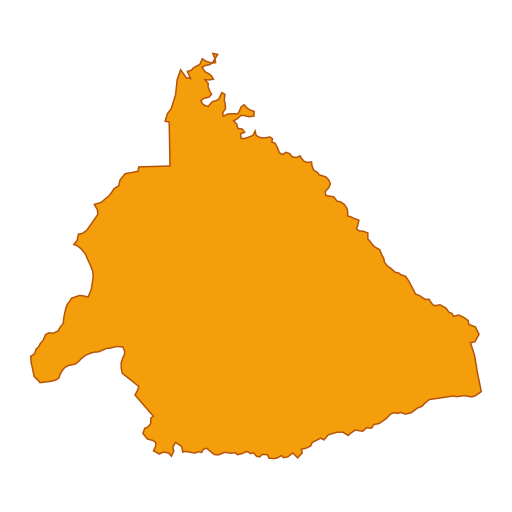 Giruá, Rio Grande do Sul, Brazil (Robinson projection)
{"feature_id": "56859067B21444575887211", "entity_name": "Giruá", "entity_type": "district", "adm_level": 2, "iso_a3": "BRA", "parent_name": "Brazil", "parent_adm1": "Rio Grande do Sul", "projection": "robinson", "projection_center": [-54.315, -27.993], "detail": "fine", "context": "isolated", "style": "filled", "palette": "amber", "viewbox_px": 512, "rotation_deg": 0, "n_neighbors": 0, "source": "geoboundaries", "source_scale": "gbopen_adm2", "svg_char_len": 4123}
<svg xmlns="http://www.w3.org/2000/svg" viewBox="0 0 512 512"><path d="M411.7,286.5L408.7,280.9L405.5,276.2L401.2,274.9L398.4,272.8L395.4,272.4L391.5,268.9L387.3,265.8L384.4,262.1L383.8,258.5L381.6,254.5L379.7,249.6L375.3,247.3L372.3,244.5L370.1,241.4L367.9,239.1L367.8,232.9L362.8,231.1L359.7,231.1L356.5,229.1L357.9,224.9L358.9,220.2L354.6,218.7L350.6,216.7L347.6,216.0L347.7,211.7L346.9,208.3L344.4,204.5L341.1,202.1L336.9,201.0L333.8,196.8L328.9,196.0L325.9,195.5L325.1,191.6L328.8,187.7L330.3,183.9L328.9,180.1L326.0,177.0L322.7,175.9L319.1,174.8L317.3,172.2L313.7,170.2L312.0,165.7L311.5,161.9L307.6,162.4L304.2,161.4L301.8,158.8L300.0,155.8L296.6,157.5L292.3,156.9L289.7,153.6L286.0,152.3L282.6,154.5L279.4,152.8L277.6,148.0L275.1,143.2L271.9,142.1L272.5,138.8L270.0,137.0L267.0,137.5L264.0,138.0L259.9,137.5L256.2,135.5L255.1,131.0L252.9,135.5L248.3,137.3L244.1,138.6L241.1,138.4L240.6,133.7L244.6,132.3L242.2,129.0L237.9,128.5L236.7,123.9L233.6,120.9L237.4,118.7L240.8,115.5L244.1,115.5L248.6,116.7L253.9,116.2L254.2,111.4L250.1,110.0L246.8,107.8L244.1,104.7L241.1,106.9L239.4,111.1L237.6,113.9L233.3,113.7L227.9,114.0L223.2,116.2L222.7,112.9L225.6,108.5L225.2,104.2L224.3,100.1L224.9,94.3L221.9,92.6L220.2,96.0L218.6,99.3L215.9,100.7L212.5,101.6L210.3,103.9L208.3,106.5L204.9,105.5L202.4,103.7L200.8,100.9L203.5,98.5L206.3,97.8L209.3,96.9L211.6,94.3L209.7,91.0L208.1,86.9L208.2,83.4L204.9,79.8L209.7,79.9L213.4,79.1L211.4,75.8L208.9,73.8L205.2,71.8L201.9,67.3L205.4,65.5L209.4,64.7L212.2,63.1L206.0,61.3L202.4,58.7L199.8,64.4L193.7,67.7L191.2,70.3L187.3,71.4L190.6,78.5L186.3,77.7L180.6,69.8L177.2,79.6L175.5,95.2L171.2,108.7L167.4,113.7L165.1,121.2L169.2,122.0L170.0,166.0L165.9,166.1L138.8,166.9L137.9,171.4L125.1,173.7L120.0,180.1L118.8,185.7L114.2,188.5L111.6,192.4L109.1,195.7L105.4,198.8L101.0,202.5L94.3,204.4L97.5,210.1L97.8,214.5L93.9,220.1L86.7,230.4L81.9,233.7L78.5,234.1L77.1,240.4L73.8,244.5L77.3,245.7L81.3,249.0L85.6,254.4L87.6,259.3L89.8,263.9L91.6,268.3L92.8,271.6L93.2,276.0L92.7,280.2L92.0,284.8L91.1,290.0L88.0,297.0L82.5,295.7L79.3,295.5L71.3,298.3L69.8,301.3L67.7,303.7L65.9,307.9L64.3,314.9L63.5,319.8L63.3,323.2L60.1,327.3L58.2,330.9L53.2,333.2L48.6,332.9L45.5,334.7L43.1,340.4L40.2,343.7L38.7,346.7L36.1,349.1L34.6,353.7L30.7,356.3L31.3,363.4L32.7,369.2L33.4,373.2L34.3,376.8L37.9,380.1L40.0,382.7L45.0,382.0L50.4,381.4L55.6,380.1L58.8,378.1L59.9,374.7L62.3,370.5L64.9,367.4L68.8,365.4L72.2,364.8L75.7,363.9L78.7,361.4L81.9,358.1L86.0,355.0L91.6,352.8L94.6,352.1L98.2,351.9L101.5,350.6L106.9,348.3L110.0,348.2L112.9,347.4L116.8,346.5L122.8,347.0L124.7,351.1L124.4,354.6L122.9,357.8L121.2,362.7L121.2,368.1L122.3,373.3L138.8,386.4L137.4,390.6L135.0,395.0L153.4,416.3L150.9,418.0L150.6,423.9L147.6,427.2L144.7,428.3L142.9,433.5L147.4,439.0L153.0,440.5L155.8,442.5L155.5,446.6L153.5,450.8L159.3,454.0L163.5,452.1L168.7,453.0L171.4,456.2L173.8,450.9L172.8,447.3L175.5,442.4L181.7,446.5L182.8,452.1L185.6,451.4L195.0,453.1L198.3,451.7L201.6,452.5L203.5,449.1L206.7,448.3L214.2,454.5L218.5,454.9L224.8,452.3L230.7,453.2L235.2,452.7L237.5,454.7L242.2,453.6L246.7,451.4L250.7,453.6L253.5,452.9L256.5,456.2L259.7,456.9L262.4,454.4L267.4,454.7L269.0,458.2L274.3,458.6L277.7,457.7L281.4,455.5L283.5,457.7L287.9,456.8L292.8,452.9L297.6,457.8L302.2,452.9L301.4,449.1L305.5,448.4L310.7,446.0L312.3,442.3L316.0,440.6L320.7,438.1L323.9,439.9L328.3,434.8L336.9,432.2L342.8,432.2L348.3,435.5L350.5,433.3L355.2,430.1L362.8,431.2L366.5,427.8L371.6,428.1L374.0,424.5L379.2,423.5L386.2,418.6L390.5,414.1L393.3,412.8L397.7,413.3L400.8,412.4L405.3,414.1L411.1,412.8L417.6,408.0L422.0,406.3L424.6,403.5L429.2,399.6L453.3,396.0L456.4,396.7L464.2,395.6L471.7,396.9L475.3,395.8L481.3,391.6L477.4,372.6L474.7,355.9L470.5,342.8L475.0,341.7L479.0,334.3L475.4,326.9L468.9,324.5L468.1,320.5L464.0,317.5L458.5,315.0L453.7,316.4L451.9,313.4L448.9,312.2L445.8,307.9L443.1,306.6L440.1,304.8L434.8,305.7L432.1,304.0L428.9,299.2L425.3,299.4L419.6,295.7L415.5,294.0L411.7,286.5ZM215.0,58.8L217.7,54.4L212.8,53.4L215.0,58.8ZM212.2,63.1L215.6,62.6L215.0,58.8L212.2,63.1Z" fill="#f59e0b" stroke="#b45309" stroke-width="1.5"/></svg>